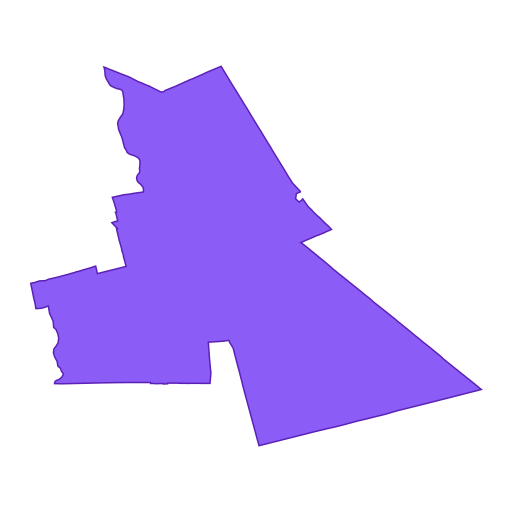 Floresti, Prahova, Romania
{"feature_id": "2599482B41592580357929", "entity_name": "Floresti", "entity_type": "district", "adm_level": 2, "iso_a3": "ROU", "parent_name": "Romania", "parent_adm1": "Prahova", "projection": "orthographic", "projection_center": [25.793, 45.022], "detail": "fine", "context": "isolated", "style": "filled", "palette": "violet", "viewbox_px": 512, "rotation_deg": 0, "n_neighbors": 0, "source": "geoboundaries", "source_scale": "gbopen_adm2", "svg_char_len": 5917}
<svg xmlns="http://www.w3.org/2000/svg" viewBox="0 0 512 512"><path d="M210.0,383.4L210.9,373.1L209.6,359.6L208.5,344.8L208.3,342.2L217.7,341.6L221.5,341.3L224.3,341.1L225.0,340.8L226.6,340.7L228.8,340.5L229.9,342.8L231.8,345.9L233.2,348.3L233.5,349.4L234.5,353.5L236.8,362.3L239.5,372.4L242.3,383.4L242.4,383.8L242.4,384.1L245.0,393.9L247.2,402.0L250.0,412.4L252.9,423.1L254.4,428.6L257.6,440.6L258.3,443.0L258.8,444.9L259.0,445.7L312.5,432.2L326.6,428.8L335.6,426.8L344.7,424.5L357.6,421.0L366.2,419.0L374.1,417.0L384.4,414.5L397.8,410.6L427.1,403.3L428.4,403.0L435.0,401.3L481.3,389.5L474.2,383.6L466.4,377.4L453.9,367.4L443.5,359.0L440.7,356.3L428.2,346.1L423.6,342.5L420.5,339.9L414.4,335.0L410.7,331.9L403.6,326.1L401.5,324.4L399.2,322.6L395.4,319.4L393.5,317.8L390.8,315.7L387.6,313.1L380.4,307.4L377.6,305.2L373.9,302.3L370.2,298.9L367.7,296.9L363.6,293.7L358.9,289.8L351.3,283.7L349.3,282.2L348.9,281.9L348.7,281.7L348.3,281.3L345.7,279.2L343.2,277.2L338.8,273.7L332.8,268.8L332.3,268.3L331.5,267.6L325.0,262.0L323.5,260.8L322.5,259.9L321.5,259.2L320.0,257.9L317.9,256.3L316.7,255.2L314.7,253.6L313.3,252.4L312.4,251.7L311.2,250.8L308.8,248.7L307.0,247.3L304.0,244.9L301.2,242.9L300.8,242.6L302.7,241.9L302.8,241.7L303.7,241.3L304.2,241.1L304.7,240.9L305.5,240.5L306.4,240.1L308.3,239.3L309.3,238.9L310.3,238.4L311.4,238.0L312.6,237.5L313.0,237.3L314.5,236.6L316.8,235.6L317.2,235.5L318.0,235.2L318.5,235.1L320.7,234.2L322.0,233.6L322.6,233.4L324.3,232.7L324.9,232.4L325.6,232.0L328.1,230.9L328.5,230.8L330.2,230.0L330.8,229.8L331.5,229.4L331.0,228.9L330.8,228.7L329.7,227.5L329.2,227.0L328.7,226.4L326.9,224.8L326.3,224.2L325.5,223.5L324.8,222.9L323.8,221.8L322.4,220.5L322.2,220.3L321.8,219.9L321.1,219.1L320.6,218.7L320.0,218.0L319.0,217.1L318.3,216.5L317.6,216.0L317.3,215.7L316.3,214.9L314.9,213.4L314.5,213.0L313.2,211.8L312.3,210.7L311.7,210.0L310.3,208.6L308.7,207.1L307.9,206.3L307.4,205.7L305.0,202.1L303.4,199.8L302.7,198.9L302.6,199.0L302.6,199.3L302.1,199.7L300.8,200.7L299.2,202.1L297.1,200.2L295.6,198.8L296.4,193.5L300.1,192.1L300.3,191.8L300.3,191.6L300.3,191.4L298.3,189.2L294.9,185.6L292.3,182.8L291.8,182.0L290.3,179.5L288.1,176.1L283.7,168.7L281.4,165.0L277.4,158.5L275.7,155.7L274.2,153.3L272.2,150.0L271.2,148.2L270.5,147.0L269.5,145.4L267.5,142.2L264.7,137.6L260.5,130.6L260.1,130.0L259.6,129.3L251.2,115.5L249.7,113.0L248.4,110.8L245.6,106.3L243.6,103.1L242.3,100.9L239.2,95.9L235.9,90.5L233.6,86.9L232.3,84.8L229.5,80.2L224.8,72.4L221.2,66.5L221.0,66.3L218.5,67.4L217.1,68.0L215.3,68.7L212.6,69.9L209.8,71.0L207.6,72.0L205.7,72.8L203.7,73.8L201.3,74.9L199.6,75.6L197.0,76.8L194.0,78.1L192.8,78.7L191.5,79.2L190.2,79.6L189.1,80.1L187.5,80.9L186.3,81.4L185.0,81.9L184.0,82.4L181.4,83.6L179.5,84.4L177.6,85.3L174.3,86.8L172.9,87.3L171.8,87.7L169.5,88.7L168.0,89.3L167.0,89.7L165.7,90.2L164.7,90.7L164.3,91.4L163.7,91.9L162.5,91.9L160.5,91.9L159.6,91.4L157.7,90.4L155.6,89.4L153.5,88.3L151.2,87.2L149.7,86.3L148.2,85.7L146.1,84.9L144.8,84.4L144.0,84.0L143.7,83.9L143.0,83.5L142.3,83.2L141.0,82.7L139.0,82.0L137.9,81.5L134.0,79.5L133.5,79.2L132.6,78.9L131.8,78.3L130.6,77.7L127.7,76.4L122.7,74.5L120.1,73.5L112.2,70.3L109.4,69.3L106.1,67.8L103.9,67.1L104.2,68.1L104.5,69.2L104.9,70.7L104.9,71.8L105.0,73.4L105.1,75.1L105.3,76.0L105.7,77.3L106.4,79.0L107.3,80.5L109.2,83.8L110.5,85.6L111.6,86.3L114.2,87.5L117.2,88.7L120.0,89.3L121.1,89.7L121.7,90.1L122.3,90.8L122.6,91.8L123.0,92.9L123.2,94.8L123.4,96.3L123.7,97.6L124.0,100.1L124.0,101.8L124.1,105.0L124.0,106.7L123.7,109.5L123.1,112.8L122.7,113.9L121.9,115.1L119.7,118.3L118.6,120.2L118.1,121.5L117.9,121.9L117.7,123.1L117.7,124.1L118.0,125.5L118.3,126.8L118.4,128.1L118.6,129.3L119.3,131.2L120.0,132.8L120.9,135.1L121.6,136.7L122.2,138.6L122.5,139.7L122.8,140.7L123.1,141.9L123.5,143.7L123.7,144.5L124.2,146.2L124.4,147.2L124.9,148.2L126.1,149.9L127.0,152.1L128.3,153.4L129.9,154.3L131.4,154.8L133.3,155.3L135.9,156.5L137.5,157.4L138.7,158.4L139.6,159.9L140.0,161.2L139.9,164.2L139.8,165.9L139.4,168.6L139.7,170.5L139.6,172.2L139.1,173.2L138.2,174.2L137.5,175.1L136.9,176.6L136.6,177.5L136.6,178.3L136.8,179.0L137.0,180.3L137.6,181.5L138.5,182.6L140.3,184.0L142.9,187.0L143.3,188.4L143.5,190.4L143.4,192.0L134.0,193.3L129.5,194.1L126.2,194.5L123.0,194.9L122.4,195.1L112.3,197.3L113.4,200.4L114.0,202.1L114.9,205.3L116.0,208.9L116.4,210.4L116.7,211.9L115.4,212.3L115.9,213.2L117.1,218.4L117.5,220.2L117.7,220.9L114.1,221.9L111.8,222.7L117.4,228.5L116.5,228.9L118.6,237.7L119.2,240.3L120.9,246.2L121.2,247.3L121.4,248.0L122.0,251.1L122.3,252.0L122.5,252.3L123.4,255.4L123.3,255.9L124.2,259.3L124.7,261.1L124.9,261.7L125.1,262.6L125.8,265.3L126.1,266.4L97.4,273.6L95.7,266.1L94.2,266.5L91.7,267.4L90.2,267.9L87.4,268.7L85.6,269.2L84.2,269.6L83.4,269.8L82.6,270.0L81.3,270.5L80.4,270.8L77.0,271.7L76.1,271.9L75.3,272.2L74.5,272.5L73.8,272.7L73.1,272.9L71.8,273.2L71.0,273.5L70.3,273.6L69.1,274.0L68.0,274.4L66.2,274.8L65.2,275.1L63.8,275.5L62.5,275.8L61.0,276.2L59.6,276.7L58.5,276.9L57.0,277.3L55.9,277.5L54.4,277.9L53.3,278.1L52.0,278.5L51.0,278.7L50.0,278.8L49.0,279.1L47.4,279.7L47.0,279.9L45.7,280.6L40.0,280.9L39.1,281.0L38.4,281.3L35.0,282.4L30.7,283.3L31.2,285.7L32.2,290.4L33.8,298.4L34.7,301.9L35.4,305.3L35.8,308.6L37.0,308.6L38.7,308.5L40.9,308.3L43.2,307.8L45.0,307.2L46.5,306.7L47.0,306.4L48.3,306.0L49.6,313.5L53.1,321.1L53.7,327.5L55.8,329.2L57.8,333.7L58.7,338.1L58.1,342.8L56.1,346.1L53.9,348.9L53.4,352.7L54.6,356.8L57.1,361.4L57.9,366.2L60.5,368.3L61.5,371.3L63.5,374.0L61.8,377.2L60.2,378.5L58.6,379.7L56.4,380.4L55.0,381.6L54.5,383.6L61.4,383.8L99.9,382.9L117.8,382.6L132.2,382.5L143.9,382.5L150.5,382.5L150.6,383.5L151.5,383.4L156.1,383.7L159.9,383.6L163.4,383.5L163.4,384.0L167.6,383.8L167.6,383.0L169.0,383.1L171.1,383.1L174.3,383.1L177.0,383.1L179.4,383.3L183.3,383.3L188.8,383.4L192.7,383.3L195.9,383.3L204.1,383.4L206.4,383.4L209.5,383.4L210.0,383.4Z" fill="#8b5cf6" stroke="#5b21b6" stroke-width="1.5"/></svg>